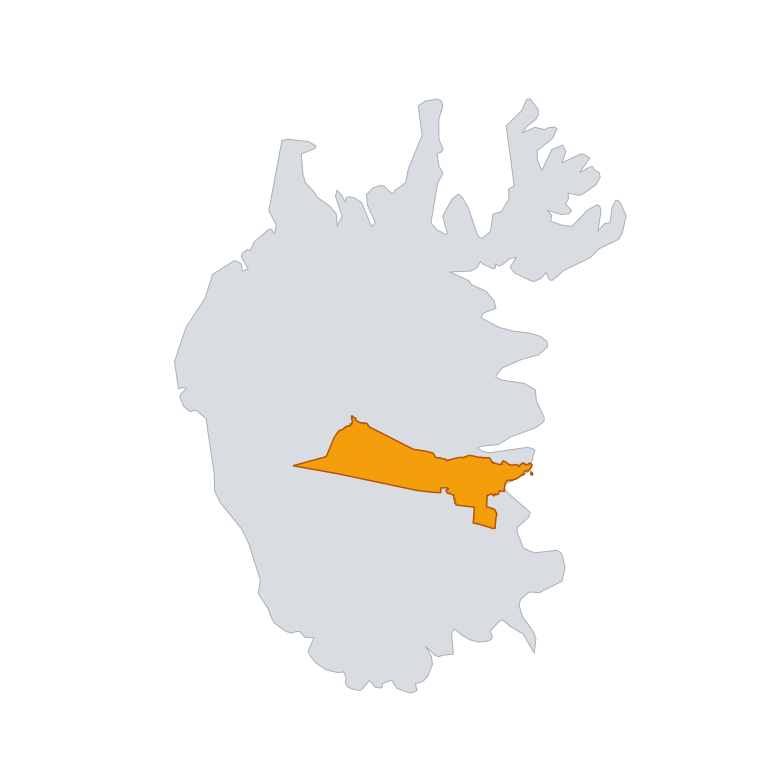 Þingeyjarsveit, Norðurland eystra, Iceland shown in context, rotated 100°
{"feature_id": "244011B2873245088627", "entity_name": "Þingeyjarsveit", "entity_type": "district", "adm_level": 2, "iso_a3": "ISL", "parent_name": "Iceland", "parent_adm1": "Norðurland eystra", "projection": "albers", "projection_center": [-17.794, 65.291], "detail": "fine", "context": "in_parent", "style": "filled", "palette": "amber", "viewbox_px": 768, "rotation_deg": 100, "n_neighbors": 0, "source": "geoboundaries", "source_scale": "gbopen_adm2", "svg_char_len": 9261}
<svg xmlns="http://www.w3.org/2000/svg" viewBox="0 0 768 768"><g transform="rotate(100 384 384)"><path d="M572.4,212.2L578.7,212.5L588.7,207.5L602.7,193.3L608.8,190.1L622.8,189.4L606.3,203.3L600.6,218.0L596.1,225.2L596.3,228.3L608.8,236.5L614.5,233.3L617.2,234.3L619.7,238.3L621.7,246.4L621.0,254.9L617.9,263.6L613.5,270.9L614.2,273.1L618.1,274.1L638.1,268.8L640.9,279.1L642.9,282.4L642.6,286.0L635.1,297.6L644.2,290.0L651.6,287.6L664.7,290.4L670.2,294.1L673.7,301.0L680.0,298.4L683.2,302.3L683.6,306.6L681.5,318.6L674.2,325.1L679.3,333.4L683.2,333.3L684.1,335.2L684.0,340.3L678.4,346.7L688.6,352.7L690.1,355.1L689.9,362.7L688.6,367.2L685.7,369.9L678.6,370.8L674.5,373.9L676.2,378.5L675.6,391.5L670.6,402.4L665.6,408.3L660.7,412.3L646.1,409.0L647.1,418.1L642.2,424.0L643.5,428.6L645.4,430.9L644.8,437.0L638.8,449.8L634.3,454.0L625.2,459.3L612.2,471.3L598.5,471.7L565.3,489.1L552.2,498.3L528.8,525.1L518.7,532.2L501.4,535.8L448.9,553.3L443.0,563.7L442.7,565.9L445.0,569.9L441.0,577.2L433.0,582.5L429.2,582.4L422.7,577.9L421.8,580.1L424.4,585.6L398.3,594.2L362.5,588.8L331.0,575.2L305.9,571.8L288.9,553.3L288.6,550.5L290.7,545.2L297.2,543.2L294.4,537.7L283.3,546.6L279.9,546.2L275.5,542.2L275.5,538.5L266.7,536.6L252.0,524.5L251.0,521.9L254.9,518.4L254.2,517.6L245.9,517.8L233.3,527.5L161.7,526.8L159.7,521.1L158.3,500.6L161.5,492.2L164.4,493.3L171.8,505.4L191.2,500.4L199.2,496.6L207.1,486.0L211.4,482.7L218.0,469.0L224.3,460.7L236.5,457.4L226.0,454.2L207.6,464.4L201.6,464.0L204.7,459.2L211.2,454.1L207.0,453.5L205.6,450.9L205.8,445.6L209.4,437.4L231.1,423.7L226.4,420.5L211.3,431.1L200.6,434.3L192.4,428.5L188.8,421.2L189.3,418.1L194.9,409.5L194.2,407.7L190.9,406.6L182.3,397.7L167.8,397.4L132.3,389.6L104.3,398.6L98.3,392.7L94.1,380.8L95.6,376.4L100.6,374.4L113.7,376.0L133.5,372.4L142.9,366.5L146.2,368.4L147.5,371.8L159.8,367.8L166.6,362.5L177.1,366.1L217.4,365.8L223.1,358.5L225.8,349.5L225.0,347.5L209.8,355.0L206.4,354.6L189.7,349.0L184.0,343.5L186.3,339.6L195.9,331.5L219.7,318.6L223.0,315.9L223.6,312.4L215.0,305.6L197.8,306.1L194.0,298.5L180.2,293.1L170.6,295.1L166.0,290.2L108.4,308.5L91.4,296.0L78.7,292.9L77.9,289.5L86.5,280.1L91.8,278.7L96.8,280.2L105.9,288.3L112.5,291.2L105.0,279.9L105.6,269.8L103.2,267.0L101.3,260.1L102.6,258.0L112.5,260.4L127.6,273.5L135.8,272.2L146.7,265.7L124.0,259.4L117.8,249.6L123.3,245.3L135.1,247.1L123.3,230.1L123.0,227.3L125.9,220.6L141.8,228.2L134.0,218.1L133.9,216.0L136.5,214.5L138.4,208.9L142.7,207.0L150.8,209.7L162.8,221.6L164.4,224.8L164.0,235.8L169.2,234.5L175.1,236.5L180.7,229.4L184.1,231.5L186.3,238.3L184.8,252.9L188.8,248.1L194.8,248.2L196.7,236.2L196.2,226.4L177.4,213.8L170.4,205.1L171.5,202.4L175.5,200.3L196.1,199.9L187.7,194.5L185.9,189.5L170.3,190.0L162.7,187.4L162.7,184.9L166.1,181.6L176.1,174.8L193.8,175.5L200.8,178.1L213.4,195.6L224.0,203.1L241.1,226.8L252.5,236.1L252.9,238.3L250.8,240.8L246.0,243.6L252.9,247.8L256.9,253.9L257.0,256.5L252.1,274.4L247.2,280.0L236.3,275.9L238.6,281.8L246.2,288.4L247.8,292.0L246.4,295.3L250.3,294.4L251.4,296.4L249.1,306.6L246.8,310.2L253.4,312.7L257.7,318.0L262.3,339.1L266.1,323.3L268.0,317.5L270.9,315.5L275.0,299.4L282.9,290.2L290.1,286.9L296.8,298.5L302.0,299.9L308.3,280.2L309.5,265.6L308.6,249.4L310.0,237.9L313.8,231.1L318.5,229.2L328.1,236.4L335.9,252.7L347.8,270.6L356.4,275.2L358.0,274.7L359.7,269.0L359.1,246.0L363.4,233.9L373.7,231.2L389.4,220.3L393.0,220.0L400.5,226.6L413.9,249.8L423.6,260.6L428.6,277.8L430.9,281.0L433.1,275.6L433.4,268.0L421.7,232.5L421.6,227.7L422.8,223.9L444.0,225.9L448.8,229.8L463.6,250.0L470.8,241.7L485.1,217.7L490.0,218.4L502.3,227.9L507.2,227.0L521.4,218.1L524.2,206.9L517.7,184.4L520.1,179.7L533.1,173.8L547.3,174.5L562.6,195.0L563.5,204.8L572.4,212.2Z" fill="#d9dde1" stroke="#a8b0b8" stroke-width="1"/><path d="M468.8,246.8L467.6,247.1L466.1,247.3L463.9,247.3L460.7,247.2L458.7,246.7L458.5,246.4L458.2,246.3L458.0,246.0L457.6,245.7L457.3,245.2L457.1,244.3L456.9,244.1L456.9,243.8L457.0,243.6L456.9,243.2L457.0,243.0L456.9,243.1L456.7,242.8L456.9,242.6L456.7,242.5L456.6,242.3L456.6,242.1L456.7,241.9L456.8,241.7L456.6,241.3L456.8,240.9L456.7,240.8L456.6,240.6L456.3,240.7L456.0,240.5L455.6,239.6L455.1,239.0L455.1,238.6L454.9,238.3L454.7,237.7L454.3,237.6L454.1,237.3L454.0,237.0L454.0,236.5L453.6,236.3L453.3,235.7L452.7,235.2L451.8,234.6L450.4,233.4L449.4,232.7L449.0,231.8L449.1,231.6L449.2,231.4L448.9,231.3L448.7,231.0L447.8,230.7L447.4,230.8L446.3,230.9L445.6,230.3L445.3,230.0L445.3,229.6L444.9,229.2L444.5,228.3L444.4,228.0L444.5,227.6L444.9,227.3L444.6,226.9L443.6,226.6L443.2,225.9L442.9,225.7L442.5,225.3L441.6,225.3L441.2,225.0L440.6,224.8L440.3,224.5L439.8,224.6L439.5,224.5L439.4,224.4L439.5,224.3L439.4,224.3L438.5,224.4L438.0,224.2L437.8,224.3L437.7,224.8L437.4,225.2L437.1,225.4L436.9,225.8L436.9,226.2L436.6,226.8L436.6,227.0L437.0,227.4L437.5,227.6L438.0,227.6L438.1,227.8L438.1,228.2L438.2,228.5L438.5,228.9L438.5,229.2L438.6,229.3L438.8,229.8L439.1,230.0L439.1,230.3L439.3,230.6L439.2,230.8L438.3,231.1L438.1,231.6L438.1,231.8L438.3,232.1L438.2,232.4L437.7,232.6L437.9,233.0L437.8,233.8L438.3,234.5L439.0,234.6L439.6,235.5L439.7,236.0L440.0,236.1L440.8,235.9L441.8,236.5L441.6,237.4L441.2,237.9L441.0,238.4L440.5,238.8L440.4,238.9L440.4,239.1L440.4,239.6L440.6,240.3L440.6,240.5L440.5,241.0L441.0,241.4L441.3,241.9L441.3,242.1L441.2,242.5L441.4,242.9L441.5,244.0L441.7,244.3L441.8,244.8L441.9,245.2L441.8,245.7L441.5,246.2L441.5,246.3L441.8,246.8L441.6,247.2L441.3,247.6L441.2,248.0L440.3,249.1L439.8,250.3L439.3,251.6L439.0,253.3L439.7,253.4L440.1,253.5L440.5,253.7L440.7,254.2L441.0,254.3L441.3,254.3L442.0,254.4L442.6,254.0L443.3,257.6L442.9,258.9L442.9,259.3L443.0,259.6L442.8,261.2L442.6,261.7L442.3,262.3L442.1,262.7L442.7,263.0L443.0,263.3L439.8,265.9L438.7,266.9L438.4,267.3L438.8,269.8L438.9,270.1L439.0,270.3L438.9,270.8L439.0,271.2L439.1,271.4L439.0,271.6L439.0,271.8L439.1,272.0L439.2,272.3L439.0,272.5L439.3,273.0L439.5,273.8L439.5,274.2L439.5,274.4L439.5,274.5L439.6,274.9L439.3,275.2L439.4,275.4L439.3,275.8L439.3,276.1L439.3,276.3L440.0,279.1L439.6,279.9L439.5,281.0L439.4,285.4L439.5,287.8L442.6,293.0L443.0,295.9L443.8,298.7L448.6,309.2L447.5,309.7L447.4,313.1L447.5,313.4L447.4,313.7L447.3,314.5L447.0,315.2L447.4,320.1L447.4,320.4L443.5,323.7L442.9,331.0L443.2,343.8L441.7,348.8L428.8,391.0L428.5,391.0L428.3,391.3L428.4,391.5L428.1,392.1L427.8,392.2L427.7,392.5L427.3,392.8L426.7,392.9L425.9,393.8L425.9,394.3L425.8,394.5L425.8,394.8L425.7,395.3L425.8,395.5L426.2,395.8L426.3,396.0L426.1,396.3L426.0,396.6L426.2,396.9L426.0,397.2L425.9,397.3L426.5,397.8L426.4,398.2L426.2,398.3L426.2,399.1L426.0,399.3L426.4,399.9L426.3,400.0L426.1,400.2L426.1,400.3L426.2,400.5L426.0,400.8L426.1,401.1L426.0,401.8L426.2,402.0L425.8,402.3L425.7,402.8L425.5,403.3L425.2,403.6L425.2,404.1L424.8,405.1L423.9,405.6L423.5,406.0L423.3,406.0L423.0,405.7L422.6,405.8L422.7,406.4L422.6,407.2L422.0,407.9L421.8,408.4L421.6,408.6L421.4,408.9L421.4,409.3L421.0,409.7L421.1,410.2L421.1,410.3L421.4,410.4L422.2,410.1L422.4,409.8L422.7,409.9L423.0,409.7L423.2,409.9L423.8,409.9L424.1,409.7L424.3,409.7L424.5,409.3L424.7,409.1L425.0,408.9L425.5,409.0L425.9,408.6L426.1,408.5L426.6,408.8L427.4,408.7L427.7,408.5L428.0,408.6L428.3,408.5L428.3,408.9L428.4,409.0L429.0,408.7L429.1,408.8L429.0,409.0L429.3,409.5L429.7,409.7L429.7,409.8L429.6,410.0L430.2,409.8L430.9,409.9L431.0,410.2L431.3,410.4L431.3,410.6L431.3,410.9L431.1,411.3L431.2,411.6L431.5,411.6L431.6,411.8L431.6,412.0L431.8,412.3L431.8,412.5L432.0,413.0L432.2,413.3L432.3,413.4L432.4,413.5L432.6,414.3L432.8,414.4L433.2,414.3L433.5,414.3L433.7,414.5L433.6,414.9L433.9,415.2L434.2,415.3L434.7,416.0L435.4,416.5L436.0,416.7L436.7,418.5L437.7,420.0L438.4,420.4L440.3,421.5L445.6,423.8L465.6,428.3L480.3,459.4L480.4,413.6L483.1,332.5L481.9,314.4L481.1,309.3L476.6,310.0L476.3,308.5L475.9,307.7L475.9,307.0L475.4,305.1L475.5,305.1L475.5,304.8L475.3,303.9L475.6,303.7L475.5,303.2L475.8,302.6L476.0,302.5L476.2,302.8L476.7,302.7L476.7,303.0L477.1,303.3L477.2,303.5L477.3,303.9L477.3,304.1L477.9,304.4L479.2,303.9L480.9,301.8L480.9,301.7L480.8,301.4L480.7,301.3L480.5,301.1L480.4,300.8L480.3,300.7L480.0,300.6L481.2,298.0L481.1,296.0L481.6,295.9L481.9,295.6L484.9,295.4L485.1,294.5L485.2,293.9L485.9,293.9L487.7,294.2L488.7,293.6L489.0,293.6L489.1,293.4L489.4,292.9L489.4,292.5L489.5,292.3L490.6,292.0L489.6,273.8L490.9,273.4L494.1,273.2L495.8,272.8L505.4,272.0L505.5,267.3L505.6,266.2L505.5,265.7L506.5,259.3L506.6,256.9L506.7,255.7L507.5,251.8L506.7,249.5L503.0,250.0L495.4,250.5L492.4,250.3L488.2,253.4L486.9,261.8L478.6,262.6L477.3,262.9L475.9,263.4L475.7,262.9L475.8,262.5L475.5,261.9L475.3,261.7L475.2,261.5L474.5,260.7L474.4,260.5L474.3,260.2L473.9,259.8L473.9,259.7L473.8,259.4L473.9,259.0L474.1,258.7L474.1,258.3L474.0,258.0L474.0,257.9L474.2,257.7L474.2,257.4L474.4,257.3L474.3,257.1L474.3,256.9L474.6,256.7L474.7,256.2L474.9,256.1L473.7,255.5L473.7,256.0L472.9,255.7L473.2,255.1L473.5,254.8L473.5,254.7L473.4,253.9L473.1,253.4L472.8,252.3L469.9,251.9L469.1,251.6L469.2,251.0L468.8,246.8ZM447.9,222.0L446.7,222.0L445.8,222.5L445.3,223.1L445.5,223.3L445.5,223.5L445.7,223.9L445.6,224.0L446.8,223.8L447.0,223.9L447.3,223.9L447.3,224.0L447.7,223.3L447.7,223.0L448.0,222.4L447.9,222.0Z" fill="#f59e0b" stroke="#b45309" stroke-width="1.5"/></g></svg>